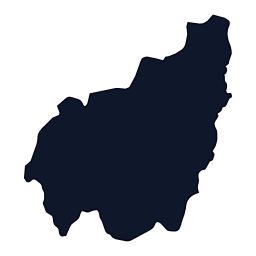 map outline of Ouest (Robinson projection)
{"feature_id": "CMR-798", "entity_name": "Ouest", "entity_type": "Province", "adm_level": 1, "iso_a3": "CMR", "parent_name": "Cameroon", "parent_adm1": "", "projection": "robinson", "projection_center": [10.725, 5.593], "detail": "fine", "context": "isolated", "style": "filled", "palette": "ink", "viewbox_px": 256, "rotation_deg": 0, "n_neighbors": 0, "source": "natural_earth", "source_scale": "10m", "svg_char_len": 2880}
<svg xmlns="http://www.w3.org/2000/svg" viewBox="0 0 256 256"><path d="M199.5,24.3L201.3,24.2L203.2,24.0L205.9,22.6L207.8,21.4L213.2,15.4L224.5,18.5L226.4,19.6L228.6,21.3L229.1,23.0L228.9,24.8L227.5,28.4L227.1,30.3L226.8,33.9L227.1,36.7L227.8,40.4L230.2,47.2L230.9,50.9L231.0,53.7L228.7,60.2L228.0,63.5L225.7,65.3L224.4,67.0L226.1,68.1L226.4,70.5L225.5,73.0L223.4,74.6L224.1,76.3L224.1,79.4L224.4,81.2L224.8,82.1L225.5,82.9L226.1,84.1L226.4,86.2L226.1,88.3L225.6,89.9L225.5,91.5L226.4,93.4L227.7,94.0L229.3,93.7L230.7,93.9L231.3,96.2L230.8,97.1L228.8,98.2L226.1,104.2L225.3,105.6L224.3,106.2L223.0,106.5L221.9,107.1L220.9,110.0L219.7,111.4L216.5,113.4L217.7,115.5L216.6,118.1L214.7,120.8L213.6,123.3L214.1,125.1L214.2,126.2L214.4,126.9L215.8,129.7L216.1,130.4L216.5,132.2L216.6,138.0L216.4,140.7L215.1,145.3L214.6,146.6L213.9,147.7L213.5,148.2L211.8,151.1L213.7,154.1L213.7,154.9L213.5,155.9L213.1,157.0L212.6,158.7L212.2,159.5L211.6,160.0L209.6,160.8L209.3,161.0L205.6,167.7L204.9,168.7L204.3,169.0L203.5,169.2L202.6,169.3L201.6,169.7L200.4,170.4L198.7,172.1L198.1,173.4L197.7,174.6L197.7,176.6L198.2,180.2L198.2,181.2L197.2,185.8L197.1,187.2L197.2,189.0L197.6,190.3L198.2,192.3L195.2,193.4L191.5,195.4L189.1,197.5L187.0,200.5L186.1,202.8L185.6,204.9L185.1,208.6L183.8,214.1L180.7,223.1L180.5,224.4L178.9,228.6L177.4,230.0L175.9,230.7L172.4,230.7L169.4,230.4L167.5,229.8L161.4,223.2L159.7,222.0L157.7,221.2L156.3,221.6L155.1,222.8L154.7,223.4L154.5,223.8L154.4,224.2L153.9,225.4L153.1,226.8L151.7,228.2L150.3,229.3L130.7,239.9L128.4,240.5L126.5,240.6L115.9,238.5L113.2,237.2L112.0,236.0L110.7,234.2L107.4,232.8L105.9,230.9L103.3,223.3L102.1,220.3L100.5,217.6L99.3,212.0L97.5,209.3L93.6,209.8L92.0,210.3L88.9,211.5L87.4,211.8L85.8,211.4L84.3,210.8L82.6,210.5L81.2,210.8L79.8,213.5L79.2,215.7L78.2,217.9L76.3,219.8L71.0,223.9L70.3,225.1L69.3,226.6L65.7,235.2L64.3,235.4L63.8,235.5L62.8,235.7L62.5,235.7L61.9,235.7L61.2,235.5L60.0,233.9L59.1,228.7L57.1,226.4L56.5,226.0L55.3,224.9L54.6,223.9L54.4,223.6L53.9,221.7L53.4,217.5L53.0,216.2L52.4,215.3L47.1,212.0L46.4,211.0L45.8,209.6L44.9,206.6L43.9,204.5L43.6,203.7L43.5,203.0L44.9,199.3L44.8,192.6L42.8,188.4L42.4,185.8L41.9,184.6L40.9,183.2L36.2,179.4L34.3,178.6L32.8,178.8L31.3,179.8L30.0,181.0L28.5,181.6L27.0,181.4L24.7,177.9L25.7,166.1L31.2,161.4L37.1,144.7L37.8,141.9L38.5,134.8L39.8,132.2L42.1,129.1L53.2,118.1L59.6,115.5L60.1,113.7L60.2,112.4L57.8,106.1L66.6,98.5L67.7,97.9L69.2,97.4L71.4,97.8L78.2,99.8L79.7,100.6L81.0,101.8L82.0,103.6L82.7,105.2L83.8,106.5L85.2,107.0L86.8,105.5L88.0,103.8L90.3,94.0L115.4,88.8L117.9,88.7L125.5,89.4L128.7,88.2L130.0,87.3L135.8,76.5L141.3,61.3L142.0,59.6L142.9,58.5L145.2,57.6L147.2,57.3L157.2,59.4L163.4,61.1L165.8,57.4L168.9,56.9L175.3,54.4L182.0,50.3L183.6,48.8L184.9,46.9L186.0,44.5L188.0,34.2L187.1,26.6L188.1,22.8L199.5,24.3Z" fill="#0f172a" stroke="#020617" stroke-width="1.5"/></svg>